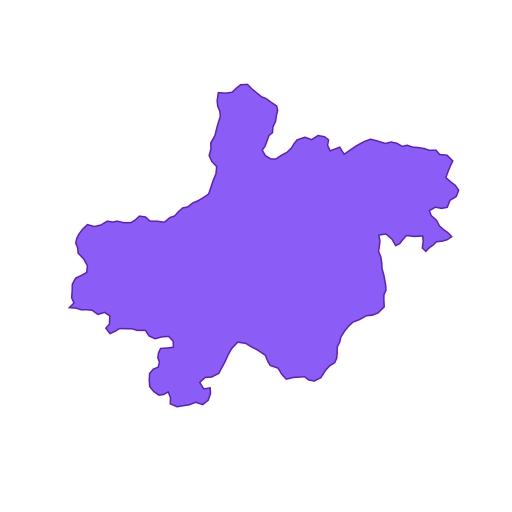 the district of Porto Firme, Minas Gerais, Brazil, rotated 114°
{"feature_id": "56859067B44651829175554", "entity_name": "Porto Firme", "entity_type": "district", "adm_level": 2, "iso_a3": "BRA", "parent_name": "Brazil", "parent_adm1": "Minas Gerais", "projection": "orthographic", "projection_center": [-43.082, -20.666], "detail": "fine", "context": "isolated", "style": "filled", "palette": "violet", "viewbox_px": 512, "rotation_deg": 114, "n_neighbors": 0, "source": "geoboundaries", "source_scale": "gbopen_adm2", "svg_char_len": 3112}
<svg xmlns="http://www.w3.org/2000/svg" viewBox="0 0 512 512"><g transform="rotate(114 256 256)"><path d="M158.7,85.1L156.6,90.3L155.6,95.4L153.9,100.7L150.0,105.5L147.8,112.4L144.1,116.1L138.5,112.0L137.0,105.8L133.8,101.1L126.1,101.4L120.3,97.3L113.5,97.6L110.4,102.7L109.2,107.9L107.2,114.4L100.9,114.9L94.7,115.1L89.1,114.9L86.2,122.5L88.6,129.4L86.1,134.7L88.9,140.4L89.4,145.9L91.1,152.5L92.8,156.9L93.3,162.9L96.4,167.0L95.7,173.1L96.9,178.9L100.6,183.6L101.5,191.7L102.7,198.8L106.6,202.9L110.4,206.0L114.8,209.3L121.1,213.2L127.2,216.9L122.5,223.8L126.1,227.3L129.8,231.0L125.7,235.7L120.4,236.9L119.2,241.9L120.7,248.3L127.1,252.5L127.6,259.6L133.2,265.7L137.8,266.9L142.8,267.5L148.4,269.7L153.7,273.8L159.5,277.5L161.3,281.9L160.5,288.3L156.7,293.4L152.0,292.4L147.2,292.7L140.7,293.2L136.6,291.1L131.5,293.0L124.9,292.9L118.9,294.6L114.3,295.4L110.5,298.2L109.5,304.3L108.1,310.8L108.3,315.8L106.6,322.1L104.9,328.1L102.7,333.6L105.8,339.7L110.6,342.2L116.1,344.4L119.5,349.8L122.1,356.8L129.9,354.7L134.7,351.9L138.6,347.8L142.9,345.4L147.4,344.9L154.5,344.0L162.4,342.5L171.2,343.3L176.4,340.7L183.2,339.7L187.6,334.8L190.3,328.3L197.2,326.0L205.1,325.8L210.8,325.2L218.7,324.5L224.0,327.8L228.8,331.2L233.3,335.4L239.0,338.4L241.9,342.5L247.0,344.8L252.5,346.6L255.9,350.3L262.4,353.4L264.3,360.1L267.2,366.9L265.3,373.0L267.0,378.7L272.3,381.0L276.5,383.9L279.4,390.6L280.6,397.0L283.4,400.9L284.6,406.0L290.7,410.2L294.8,415.6L295.9,422.8L302.3,425.4L308.5,426.7L313.1,426.9L317.5,425.9L321.3,422.1L325.7,419.7L328.8,412.2L333.5,406.0L340.0,404.0L345.0,407.8L349.6,411.8L356.6,412.3L362.8,409.7L369.1,407.4L373.0,403.2L379.1,405.5L376.8,399.1L376.2,393.7L374.0,389.0L372.2,383.6L373.7,376.7L369.1,371.4L370.2,365.1L377.9,362.2L383.0,363.8L386.3,357.8L381.8,353.9L377.9,351.3L375.3,345.2L372.8,339.2L372.3,334.3L368.9,326.8L372.6,321.1L372.6,314.5L368.2,309.2L365.0,303.1L367.6,296.9L373.0,294.4L376.2,299.7L379.3,305.6L384.4,305.6L388.9,304.3L392.3,301.0L397.4,300.2L401.1,303.8L406.6,305.4L412.7,303.1L418.5,300.0L421.4,294.3L422.6,288.1L420.2,284.2L415.9,280.9L420.2,276.5L425.9,274.2L425.8,266.7L422.8,262.3L419.2,256.6L414.2,251.7L413.4,244.2L407.1,241.0L400.2,241.6L395.1,244.2L398.7,249.7L394.3,256.0L387.6,253.0L384.6,247.3L378.4,242.3L371.9,241.8L365.6,241.3L358.1,241.3L350.6,240.6L342.2,237.7L340.0,229.9L340.8,224.0L341.2,216.8L342.9,207.0L347.3,202.6L350.2,198.5L349.5,190.2L353.5,184.5L356.2,178.3L351.6,172.2L348.9,167.0L346.5,162.5L347.8,157.6L346.6,152.0L340.8,147.3L332.2,146.0L326.2,144.0L321.4,140.7L316.6,140.7L311.5,142.4L306.2,144.8L300.6,144.5L295.5,145.5L288.5,144.5L282.8,143.0L277.0,140.6L272.1,135.7L265.6,130.8L262.7,125.6L258.3,121.3L250.3,118.2L243.6,121.6L239.2,123.4L234.7,123.3L230.7,125.2L226.2,128.2L221.4,131.5L216.3,135.7L211.2,138.3L206.1,141.6L201.8,146.0L196.2,147.5L191.8,148.9L187.0,152.3L183.0,146.3L185.3,138.6L189.7,132.6L186.1,129.7L181.7,128.7L176.1,126.9L173.7,119.2L169.9,111.9L174.8,109.1L181.0,107.3L182.7,102.7L178.3,101.2L174.2,98.8L169.6,96.9L166.8,92.1L163.4,88.0L158.7,85.1Z" fill="#8b5cf6" stroke="#5b21b6" stroke-width="1.5"/></g></svg>